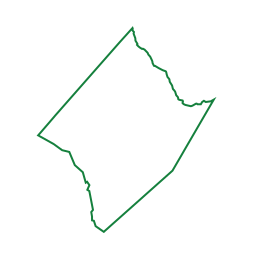 Anderson, South Carolina, United States of America, rotated 169°
{"feature_id": "52423323B54252786462612", "entity_name": "Anderson", "entity_type": "district", "adm_level": 2, "iso_a3": "USA", "parent_name": "United States of America", "parent_adm1": "South Carolina", "projection": "albers", "projection_center": [-82.736, 34.515], "detail": "fine", "context": "isolated", "style": "outline", "palette": "green", "viewbox_px": 256, "rotation_deg": 169, "n_neighbors": 0, "source": "geoboundaries", "source_scale": "gbopen_adm2", "svg_char_len": 1307}
<svg xmlns="http://www.w3.org/2000/svg" viewBox="0 0 256 256"><g transform="rotate(169 128 128)"><path d="M171.6,30.7L160.8,37.1L132.6,53.8L122.0,60.1L92.5,77.6L80.6,91.2L78.6,93.5L77.4,94.9L74.7,98.0L38.4,139.5L41.7,138.4L46.7,138.7L48.3,140.2L50.2,139.4L52.0,137.4L55.2,138.0L55.9,138.8L56.7,138.9L60.5,137.6L62.1,137.4L67.3,139.7L68.9,140.9L69.7,142.1L69.4,142.9L69.1,143.2L69.0,143.9L69.2,144.6L71.9,145.7L72.7,146.2L73.1,146.6L73.1,148.5L73.3,149.1L74.4,150.9L74.8,154.7L75.6,156.4L76.3,157.4L76.5,158.4L76.6,161.1L76.8,161.8L78.1,165.1L78.2,165.9L78.1,167.4L78.2,168.2L79.5,170.6L79.8,173.4L79.8,174.9L79.9,175.9L80.2,176.5L83.0,178.2L85.0,179.8L86.5,181.0L89.6,183.8L90.4,183.9L90.7,184.3L91.5,187.1L91.4,188.3L91.5,189.5L92.6,193.8L94.0,196.2L94.4,198.1L96.1,200.7L96.8,201.8L98.3,203.0L99.0,202.9L99.2,203.0L101.1,204.8L102.4,206.4L103.3,207.9L102.7,208.6L102.7,208.8L104.0,212.3L103.7,214.8L103.8,215.4L104.5,219.5L104.1,220.4L103.9,221.2L104.9,222.8L104.9,223.2L104.4,224.7L104.5,225.3L119.9,213.7L197.1,154.1L198.2,153.2L201.1,150.9L217.6,137.9L204.0,126.4L196.9,118.8L190.2,115.7L187.3,101.7L180.8,93.2L179.9,82.4L178.4,83.0L176.8,79.3L179.7,75.1L178.0,73.5L178.0,54.3L180.1,52.5L180.2,48.0L180.9,44.2L179.2,43.4L178.5,37.8L171.6,30.7Z" fill="none" stroke="#15803d" stroke-width="2"/></g></svg>